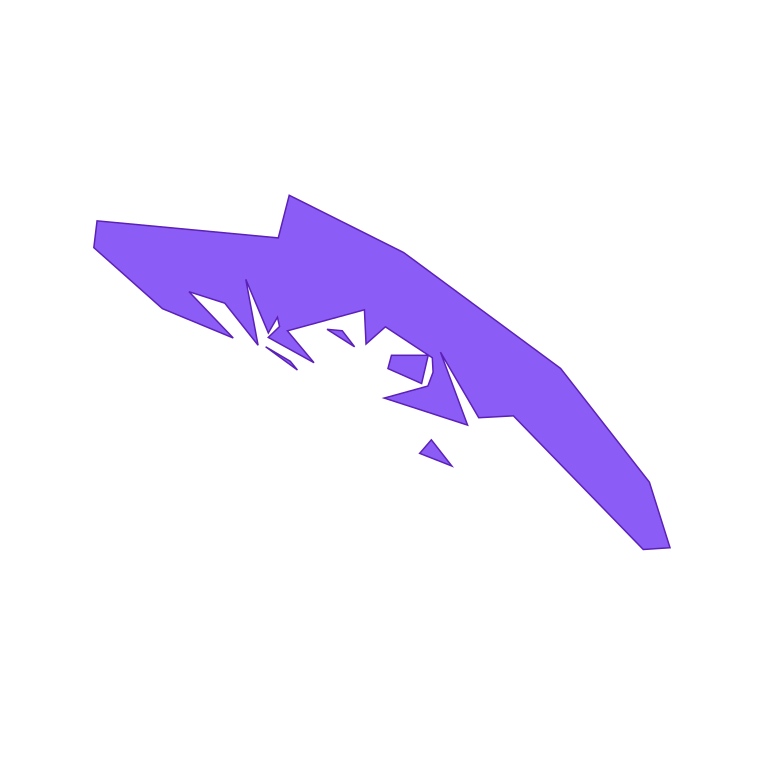 SVG path tracing the border of Rakhine, rotated 327°
{"feature_id": "MMR-3273", "entity_name": "Rakhine", "entity_type": "State", "adm_level": 1, "iso_a3": "MMR", "parent_name": "Myanmar", "parent_adm1": "", "projection": "robinson", "projection_center": [93.662, 19.414], "detail": "coarse", "context": "isolated", "style": "filled", "palette": "violet", "viewbox_px": 768, "rotation_deg": 327, "n_neighbors": 0, "source": "natural_earth", "source_scale": "10m", "svg_char_len": 773}
<svg xmlns="http://www.w3.org/2000/svg" viewBox="0 0 768 768"><g transform="rotate(327 384 384)"><path d="M232.2,90.9L374.9,203.9L407.3,174.1L472.1,284.5L540.6,467.1L553.1,610.9L534.7,677.1L511.3,664.0L475.2,481.2L445.1,463.9L448.7,388.0L431.7,464.0L376.5,395.9L419.7,409.6L431.6,400.8L438.8,388.3L416.3,336.8L390.7,340.7L408.0,311.1L331.9,286.8L336.9,328.0L312.3,281.9L327.7,278.9L331.0,270.0L314.8,278.2L325.1,220.9L299.5,282.9L294.5,229.5L270.7,200.4L282.6,263.3L239.2,200.1L214.9,111.6L232.2,90.9ZM436.7,384.0L415.8,404.1L395.7,373.2L405.9,364.0L436.7,384.0ZM393.3,456.6L396.2,489.7L376.1,461.6L393.3,456.6ZM378.0,316.6L379.6,336.8L366.0,307.1L378.0,316.6ZM305.0,288.3L317.8,313.9L319.0,325.1L305.0,288.3Z" fill="#8b5cf6" stroke="#5b21b6" stroke-width="1.5"/></g></svg>